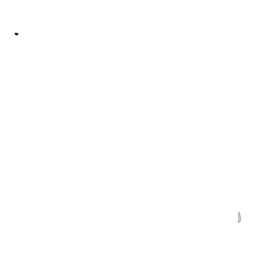 Alamoni, Tuvalu (highlighted)
{"feature_id": "33948139B55306304782384", "entity_name": "Alamoni", "entity_type": "district", "adm_level": 2, "iso_a3": "TUV", "parent_name": "Tuvalu", "parent_adm1": "", "projection": "equal_earth", "projection_center": [177.156, -7.249], "detail": "fine", "context": "in_parent", "style": "filled", "palette": "slate", "viewbox_px": 256, "rotation_deg": 0, "n_neighbors": 0, "source": "geoboundaries", "source_scale": "gbopen_adm2", "svg_char_len": 604}
<svg xmlns="http://www.w3.org/2000/svg" viewBox="0 0 256 256"><path d="M240.3,220.9L238.9,222.5L238.4,222.5L238.9,219.2L238.6,215.7L238.7,213.0L239.2,212.5L240.1,215.7L240.6,219.6L240.3,220.9Z" fill="#d9dde1" stroke="#a8b0b8" stroke-width="1"/><path d="M15.4,33.5L15.4,33.8L15.5,34.0L15.7,34.3L15.8,34.3L16.0,34.4L16.1,34.5L16.3,34.6L16.5,34.6L16.8,34.7L17.0,34.7L17.3,34.5L17.3,34.4L17.5,34.3L17.5,34.2L17.6,33.8L17.3,33.7L17.3,33.8L17.3,34.0L17.2,34.2L16.8,34.2L16.7,34.2L16.5,33.9L16.4,33.9L16.2,33.9L16.1,33.7L15.9,33.5L15.7,33.5L15.4,33.5Z" fill="#64748b" stroke="#1e293b" stroke-width="1.5"/></svg>